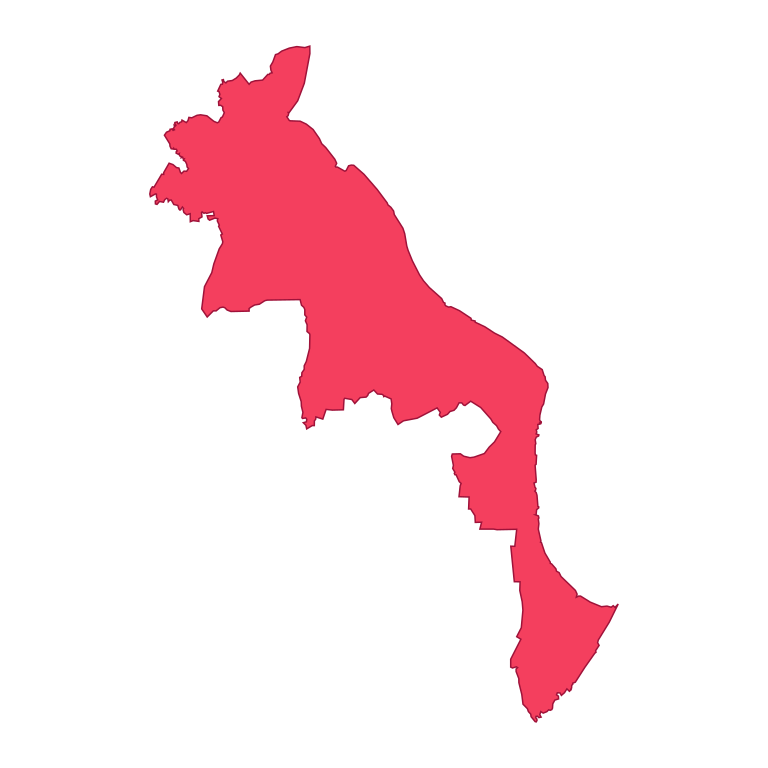 the district of Ban Laem, Phetchaburi, Thailand
{"feature_id": "78962969B10571681273524", "entity_name": "Ban Laem", "entity_type": "district", "adm_level": 2, "iso_a3": "THA", "parent_name": "Thailand", "parent_adm1": "Phetchaburi", "projection": "robinson", "projection_center": [99.981, 13.152], "detail": "fine", "context": "isolated", "style": "filled", "palette": "rose", "viewbox_px": 768, "rotation_deg": 0, "n_neighbors": 0, "source": "geoboundaries", "source_scale": "gbopen_adm2", "svg_char_len": 6095}
<svg xmlns="http://www.w3.org/2000/svg" viewBox="0 0 768 768"><path d="M169.1,163.2L163.7,172.6L163.7,174.4L161.7,174.2L154.0,187.2L152.4,186.8L150.7,189.4L149.8,194.0L150.4,196.7L155.5,193.9L156.4,194.1L156.5,196.9L157.7,199.9L155.3,201.1L155.4,203.9L157.0,204.4L159.5,201.5L163.5,202.2L164.8,199.6L166.6,198.3L167.8,198.8L168.3,201.7L169.7,200.1L171.3,200.1L173.8,204.5L177.8,205.4L178.9,209.0L179.8,210.0L180.5,209.9L182.4,207.0L183.6,208.5L183.1,209.7L183.9,212.5L186.7,214.8L190.2,213.7L190.3,221.7L193.1,220.6L198.9,221.4L198.8,218.7L202.0,216.9L201.5,212.6L202.1,211.9L204.0,213.3L205.3,212.7L206.5,213.4L213.5,211.5L214.2,215.6L207.2,215.8L208.1,219.0L209.6,220.2L214.9,218.1L217.8,218.7L217.3,220.9L219.3,225.1L218.6,226.3L222.3,234.0L220.8,235.0L222.8,241.8L222.4,243.7L219.2,248.9L213.8,264.0L211.8,272.6L204.5,286.6L201.7,308.9L207.2,317.0L213.4,310.8L216.1,310.9L220.0,307.7L223.0,307.1L224.8,307.7L227.1,310.0L230.9,311.5L249.1,311.1L249.1,308.5L251.1,307.0L254.6,305.0L259.4,304.2L264.8,300.7L267.2,300.1L300.1,299.6L301.5,305.2L303.9,307.4L304.8,309.6L304.8,314.9L306.7,317.1L305.4,320.8L307.1,324.7L307.0,331.5L309.5,333.6L309.9,334.8L309.6,348.4L306.3,361.5L304.2,365.8L304.2,369.4L301.9,372.7L301.7,376.3L299.7,377.4L300.2,382.1L297.7,386.9L298.6,393.4L301.2,401.6L301.4,406.2L302.9,412.4L301.9,417.7L302.6,418.5L305.7,417.9L306.8,419.3L306.4,421.8L303.3,422.7L305.9,425.3L306.7,428.9L312.2,425.6L314.3,425.6L314.4,420.9L315.7,419.2L315.9,416.9L322.8,419.1L326.1,409.4L332.3,410.1L343.4,409.8L344.0,399.3L344.7,398.3L351.8,399.5L354.8,403.5L360.2,397.6L366.1,397.1L367.7,395.5L368.5,393.4L373.8,390.0L377.5,394.0L382.0,394.3L383.7,395.5L383.7,396.6L385.0,396.2L391.1,398.9L391.8,403.8L391.3,408.6L392.0,411.6L393.8,417.7L398.0,424.5L403.5,420.8L417.2,418.2L437.1,407.9L440.3,412.4L439.3,415.0L441.3,417.2L447.5,414.3L450.0,411.5L454.0,410.3L456.4,407.8L459.1,402.8L461.8,402.9L463.5,405.0L465.0,405.5L470.7,401.2L480.7,407.5L490.8,418.9L492.8,422.3L496.6,425.7L498.5,429.2L500.8,431.6L494.5,441.9L489.2,447.1L484.4,453.5L474.1,457.1L470.0,457.7L463.7,456.2L460.4,453.8L452.3,454.0L451.6,456.3L453.4,465.4L452.7,468.5L454.9,472.2L454.3,473.3L454.9,474.7L456.1,474.8L459.2,481.6L461.1,483.4L460.2,485.8L459.0,496.7L469.1,497.0L468.6,509.0L470.7,509.0L474.9,515.6L475.3,522.4L481.6,522.2L479.9,529.1L493.6,529.1L497.0,529.7L516.7,529.3L514.8,546.3L510.8,546.2L514.3,581.7L520.1,581.8L519.8,590.5L522.2,601.8L522.9,610.2L521.3,627.7L516.7,636.7L520.9,639.2L510.7,659.2L510.7,667.1L512.5,668.0L516.3,666.8L517.6,667.6L516.1,669.0L516.1,671.5L518.8,678.6L518.9,682.7L521.8,694.5L523.0,704.2L527.4,708.7L528.4,711.6L530.7,714.1L531.1,716.7L535.1,721.6L536.2,721.9L537.0,720.5L536.9,719.1L535.8,717.8L536.0,716.4L537.4,716.2L538.9,717.6L541.1,717.1L539.8,714.7L540.8,711.6L543.2,713.1L546.8,711.7L548.7,709.8L550.2,710.3L551.8,709.6L552.5,708.2L552.8,703.8L554.8,700.1L558.6,698.9L558.4,696.1L556.5,694.8L557.3,692.8L560.0,692.9L561.4,695.4L564.5,692.7L566.9,688.9L569.4,691.3L570.9,689.8L571.5,690.2L570.8,689.2L571.6,688.0L571.7,685.4L572.8,684.2L572.7,683.2L575.3,682.2L584.8,667.4L594.8,653.2L596.0,652.3L595.6,650.7L599.1,645.4L597.6,642.7L598.3,640.0L609.3,622.1L618.2,604.0L615.0,607.4L613.2,605.7L611.2,607.2L607.0,606.1L601.4,606.7L590.2,602.1L580.6,596.1L578.6,596.1L576.3,597.2L577.1,594.1L575.4,590.4L561.0,576.5L559.1,572.6L556.5,571.2L555.9,568.8L551.6,563.9L550.3,563.4L550.3,562.2L544.9,553.0L541.4,542.5L540.5,542.2L540.9,540.7L538.3,529.1L538.9,523.7L538.3,519.0L538.9,518.0L538.4,515.9L535.5,514.8L536.1,514.7L536.6,509.7L538.7,507.9L538.7,506.8L537.9,506.5L537.0,495.3L536.2,492.6L534.8,491.1L535.5,490.4L535.9,488.4L535.0,487.3L534.0,483.0L536.1,482.2L536.2,479.6L535.1,465.2L536.1,464.3L536.6,455.3L535.4,454.9L535.1,453.1L535.2,445.0L535.8,443.7L535.2,439.7L536.3,437.1L538.6,436.0L538.9,434.9L536.1,433.9L536.8,432.0L536.2,429.8L538.1,428.5L537.8,424.5L539.7,424.1L539.5,423.0L540.2,422.4L540.9,423.4L541.3,422.7L541.2,421.7L540.1,421.0L539.6,419.6L539.9,415.1L541.8,407.0L543.6,404.0L545.5,394.0L548.0,387.6L547.8,383.5L545.5,380.2L545.1,376.7L544.1,375.6L542.2,369.6L537.3,366.3L535.3,363.6L524.4,353.0L502.3,337.0L494.5,333.1L484.9,326.8L475.2,322.2L475.1,321.0L471.3,320.1L471.0,318.3L459.5,310.7L450.9,306.7L448.6,307.1L445.7,305.8L444.9,304.7L445.0,303.1L443.5,302.4L441.7,298.6L429.3,287.5L423.5,280.8L419.6,275.0L412.4,260.9L408.1,250.4L406.8,246.1L404.7,233.7L402.9,228.2L394.3,214.6L393.6,211.0L390.9,207.3L387.9,204.8L387.2,202.9L377.1,189.4L364.0,174.3L353.8,165.3L351.2,165.1L348.6,165.8L346.2,170.5L344.8,171.2L337.5,167.1L335.9,167.1L335.3,166.3L336.7,163.3L334.8,159.2L325.7,147.5L321.7,143.7L319.4,138.6L313.1,129.5L306.3,124.1L300.2,121.2L290.0,120.8L289.1,120.2L286.8,116.7L288.1,115.7L288.7,113.4L288.2,112.5L289.2,112.5L297.7,100.8L304.3,83.3L309.9,53.6L309.8,46.1L304.9,47.6L296.8,46.6L289.3,48.1L281.7,51.1L277.9,53.9L275.5,54.6L272.8,62.0L270.4,66.1L270.9,70.1L272.1,72.8L270.1,73.2L269.3,74.4L267.8,74.4L262.6,80.1L255.1,80.8L251.0,82.1L249.1,84.3L240.2,73.1L239.3,75.0L236.2,78.1L232.3,80.5L227.5,81.2L225.9,82.9L223.8,81.5L223.4,79.6L222.0,80.0L222.7,82.1L222.4,84.2L220.8,84.4L217.7,91.1L219.0,91.6L219.9,94.3L219.0,96.7L221.4,98.5L218.5,101.6L218.8,105.4L220.7,105.3L222.7,106.7L222.9,110.1L224.3,112.7L222.4,117.0L221.1,117.6L218.7,122.1L217.3,122.8L213.8,121.3L206.9,115.8L200.6,114.8L197.0,115.3L191.8,117.8L188.9,117.4L188.0,120.6L186.3,122.6L182.0,120.1L181.6,121.8L180.0,122.3L178.8,123.7L177.9,123.6L177.2,121.9L174.9,122.5L174.7,123.3L175.9,125.3L175.5,125.9L174.2,125.1L174.4,127.0L173.3,128.5L174.4,129.8L173.1,130.4L172.0,128.9L170.0,129.3L169.9,130.7L166.5,132.2L164.4,135.2L169.8,143.9L170.0,146.2L171.2,148.8L173.1,149.0L173.6,148.3L173.9,149.2L176.4,149.3L177.2,150.9L176.3,151.5L176.1,153.1L178.2,154.2L179.3,153.6L179.1,154.6L180.1,156.2L181.6,156.7L181.2,157.7L182.7,157.3L183.3,159.1L184.2,158.9L183.5,160.3L185.4,161.4L186.8,164.4L187.1,167.0L188.5,168.5L186.6,171.3L184.0,171.1L181.5,173.5L180.4,172.3L178.9,168.0L176.5,167.6L173.0,164.6L169.1,163.2Z" fill="#f43f5e" stroke="#9f1239" stroke-width="1.5"/></svg>